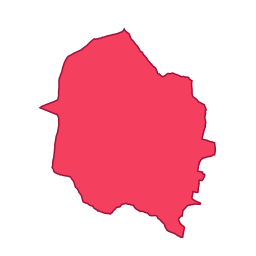 Mbarali, Mbeya, United Republic of Tanzania (orthographic projection), rotated 282°
{"feature_id": "72390352B36245556910711", "entity_name": "Mbarali", "entity_type": "district", "adm_level": 2, "iso_a3": "TZA", "parent_name": "United Republic of Tanzania", "parent_adm1": "Mbeya", "projection": "orthographic", "projection_center": [34.247, -8.278], "detail": "fine", "context": "isolated", "style": "filled", "palette": "rose", "viewbox_px": 256, "rotation_deg": 282, "n_neighbors": 0, "source": "geoboundaries", "source_scale": "gbopen_adm2", "svg_char_len": 5738}
<svg xmlns="http://www.w3.org/2000/svg" viewBox="0 0 256 256"><g transform="rotate(282 128 128)"><path d="M129.5,37.7L126.5,54.6L126.6,55.2L126.3,55.7L126.5,55.9L126.1,56.2L125.9,56.5L123.8,57.9L123.1,58.2L122.6,58.2L122.1,58.4L119.5,59.1L118.0,59.3L116.4,59.8L109.9,60.0L109.0,60.0L104.9,59.5L101.8,59.7L97.9,59.8L95.9,60.0L93.2,60.6L92.1,60.5L90.5,60.9L89.3,60.9L88.9,61.1L87.2,61.1L84.6,61.5L83.7,61.6L82.8,61.4L80.0,61.4L77.5,61.8L76.5,62.1L73.5,62.0L73.4,62.2L73.2,62.3L72.9,62.9L72.1,63.5L70.1,64.5L69.4,65.5L69.1,66.2L69.0,67.3L68.6,68.2L68.4,70.3L68.2,71.0L68.1,71.4L68.4,73.0L68.2,73.6L68.1,74.8L68.4,79.3L68.2,80.2L68.2,81.7L67.8,82.3L66.2,83.8L65.3,85.1L63.9,86.3L61.8,87.5L60.2,88.3L59.1,89.0L58.6,90.2L57.2,92.0L55.7,92.9L54.9,93.4L54.4,93.9L53.3,95.5L50.9,97.2L49.2,97.9L46.8,99.2L46.4,99.6L46.2,100.0L46.0,101.3L45.8,102.4L45.9,103.5L45.8,104.1L45.0,105.4L44.2,107.9L44.4,108.9L44.4,109.4L43.9,110.1L42.7,111.1L41.8,113.1L41.4,114.7L41.2,115.1L40.6,115.6L40.5,115.9L40.8,116.5L40.8,116.8L40.5,118.3L40.4,119.6L40.1,120.7L39.9,122.2L40.0,125.2L40.1,126.2L40.3,126.7L40.2,128.6L40.3,128.9L40.9,129.0L41.3,129.2L41.6,129.8L42.0,130.2L43.0,130.4L44.8,131.3L45.2,131.7L46.4,132.6L46.8,132.8L47.5,133.0L48.1,133.5L48.4,134.0L48.5,134.8L49.0,136.0L49.6,136.8L51.3,137.4L52.1,138.0L53.4,140.9L53.7,141.2L53.5,143.3L53.5,144.1L53.7,145.3L53.5,146.3L53.5,147.0L53.4,147.2L53.5,149.3L53.3,149.7L52.5,150.3L52.3,150.3L52.0,150.7L51.4,151.3L50.2,153.3L50.0,154.1L50.0,154.6L49.8,155.0L49.4,155.5L49.4,156.2L49.0,157.3L49.3,158.1L49.3,158.9L49.6,159.9L49.1,161.6L49.1,162.1L48.9,163.3L48.8,164.5L48.6,165.2L47.6,166.5L47.1,167.3L47.1,169.7L47.6,171.1L48.0,172.7L48.1,173.6L47.9,174.2L47.7,174.8L46.1,175.8L45.8,176.2L45.3,177.4L44.6,178.9L43.4,180.1L43.1,181.0L42.4,181.9L41.6,183.4L41.3,183.7L40.0,184.3L39.6,184.5L38.4,185.3L36.2,187.4L35.9,188.0L35.4,189.1L35.4,189.9L35.1,191.1L34.9,192.9L34.7,194.2L34.7,194.9L33.8,197.3L33.2,198.7L32.8,200.5L32.0,202.4L32.7,204.3L34.7,204.0L36.6,204.1L37.4,204.0L37.4,203.9L39.8,204.0L40.4,203.9L41.7,203.9L42.8,203.6L43.1,203.2L43.3,202.7L44.4,200.5L45.2,199.6L45.1,199.4L45.2,198.6L46.1,198.4L46.8,198.0L48.5,196.8L49.0,196.4L49.3,196.4L50.1,196.8L50.4,196.8L50.8,197.0L51.1,197.2L51.9,197.5L52.2,197.9L52.9,198.3L53.1,198.5L53.2,199.4L54.1,199.2L57.9,199.0L58.7,199.0L64.6,202.4L67.6,209.5L68.3,214.3L68.9,214.5L69.5,214.6L69.8,213.9L70.2,211.0L70.9,208.3L72.0,205.5L72.3,205.3L73.8,205.0L76.3,205.0L76.9,205.1L77.7,204.9L79.3,204.8L79.2,205.9L79.3,206.3L79.3,207.1L79.1,207.9L79.5,209.7L81.0,209.7L82.6,209.4L84.7,209.2L85.9,209.3L87.7,209.1L88.4,209.1L88.4,208.9L89.7,208.7L91.8,208.6L91.9,211.2L92.5,211.4L92.8,211.7L93.6,212.1L94.6,212.2L96.0,212.8L98.1,212.9L98.6,212.4L98.7,211.9L98.6,211.0L98.9,211.0L99.1,210.4L100.4,210.0L100.3,208.5L100.4,205.2L100.5,205.2L101.5,205.0L103.5,205.0L105.7,204.7L107.1,205.1L108.9,205.1L109.6,204.8L109.8,205.0L110.5,205.6L110.9,205.6L112.0,206.0L113.3,207.0L114.3,207.4L114.3,207.9L114.7,209.1L115.9,210.9L116.6,212.3L116.8,213.0L117.0,213.4L117.2,214.2L117.6,214.5L117.7,215.1L118.3,215.9L118.7,216.2L119.2,216.9L120.0,218.0L119.9,218.3L124.9,218.0L131.5,215.8L131.9,212.8L131.8,211.6L132.1,208.8L132.4,208.1L132.4,203.8L132.5,202.8L132.8,202.6L141.9,202.9L145.8,203.4L146.4,203.0L149.5,202.9L151.6,202.1L153.2,201.2L154.8,200.9L157.5,200.8L158.3,200.7L158.5,200.9L159.5,200.3L161.1,200.1L162.0,200.8L166.7,197.7L168.2,191.8L168.4,191.4L169.3,190.4L170.5,188.7L171.3,187.0L172.0,185.3L172.3,184.8L172.7,184.5L172.9,184.3L173.9,184.0L174.6,183.6L175.0,183.6L175.7,183.3L176.2,183.3L177.0,183.0L177.7,183.0L184.1,181.0L186.7,180.8L187.4,180.9L187.8,179.7L188.5,178.3L188.6,177.9L188.9,177.5L189.2,177.3L190.0,176.9L190.2,176.2L189.9,175.4L189.9,173.9L189.7,173.0L190.0,171.7L189.3,169.9L189.3,169.2L189.7,167.9L190.0,166.1L190.3,165.3L190.4,163.0L190.9,161.4L191.0,160.3L190.9,159.7L190.3,158.9L190.1,158.4L189.8,157.4L189.7,156.2L189.5,155.5L188.9,155.0L188.6,154.5L188.4,154.3L187.1,153.7L186.9,153.1L186.2,152.6L186.0,152.3L185.5,151.8L185.3,151.5L185.4,151.3L185.8,150.5L185.8,149.6L186.1,149.2L186.6,148.7L186.8,148.0L187.3,147.4L187.4,145.9L187.8,145.3L188.8,145.0L190.2,144.0L191.2,143.5L191.7,142.8L192.3,142.4L193.0,141.4L194.0,138.8L194.2,138.6L195.3,138.1L195.4,137.5L195.7,136.9L196.2,136.3L196.8,135.5L197.4,134.8L197.9,133.9L198.4,133.5L199.1,132.6L199.9,132.0L200.4,131.8L200.8,131.3L201.1,130.2L201.3,130.0L202.0,129.5L202.7,128.2L203.3,127.4L204.8,126.6L205.2,126.0L205.3,124.9L206.1,123.7L207.3,122.7L207.8,122.4L209.8,120.5L211.5,118.0L213.7,115.6L214.7,114.2L215.3,113.2L215.9,112.4L216.6,112.1L217.0,111.5L218.1,111.1L218.5,110.6L219.5,110.2L220.0,109.8L220.2,109.6L221.0,108.0L221.1,107.9L222.0,105.8L223.1,104.4L224.0,103.7L222.2,103.2L221.8,102.9L221.5,102.6L221.2,102.2L220.6,101.9L220.3,101.6L220.2,101.1L219.8,100.3L219.0,99.6L218.6,98.7L218.2,97.9L217.4,96.8L217.1,95.8L216.6,94.8L215.9,93.0L215.5,92.6L215.0,91.4L214.3,89.7L213.8,88.7L213.2,88.0L212.9,87.0L212.1,86.1L211.6,85.0L211.4,84.0L210.3,83.0L209.8,81.2L209.0,80.2L208.7,79.7L208.7,78.9L208.1,77.8L208.0,77.5L208.2,76.9L208.1,76.4L207.4,75.7L203.8,72.9L200.1,70.6L197.4,68.1L196.5,67.5L195.2,66.3L194.7,66.1L193.6,64.5L192.8,63.4L192.3,62.7L190.8,60.8L190.2,59.8L189.4,59.1L188.3,57.7L187.8,57.3L186.0,55.0L185.1,54.3L183.8,53.7L181.5,52.9L178.1,52.1L173.6,51.6L169.8,51.6L161.8,50.4L160.6,50.7L160.1,50.6L159.1,50.8L155.9,51.5L155.5,51.7L153.4,52.1L152.6,52.2L152.6,52.3L152.6,52.2L152.1,52.2L149.7,52.5L147.8,52.8L145.9,53.3L145.2,53.4L142.2,53.5L141.4,53.2L140.9,53.1L140.3,52.6L138.4,50.1L136.7,47.5L136.3,46.7L135.5,45.7L134.0,43.2L133.2,42.3L133.0,41.7L132.6,41.3L132.1,40.4L130.6,38.6L129.5,37.7Z" fill="#f43f5e" stroke="#9f1239" stroke-width="1.5"/></g></svg>